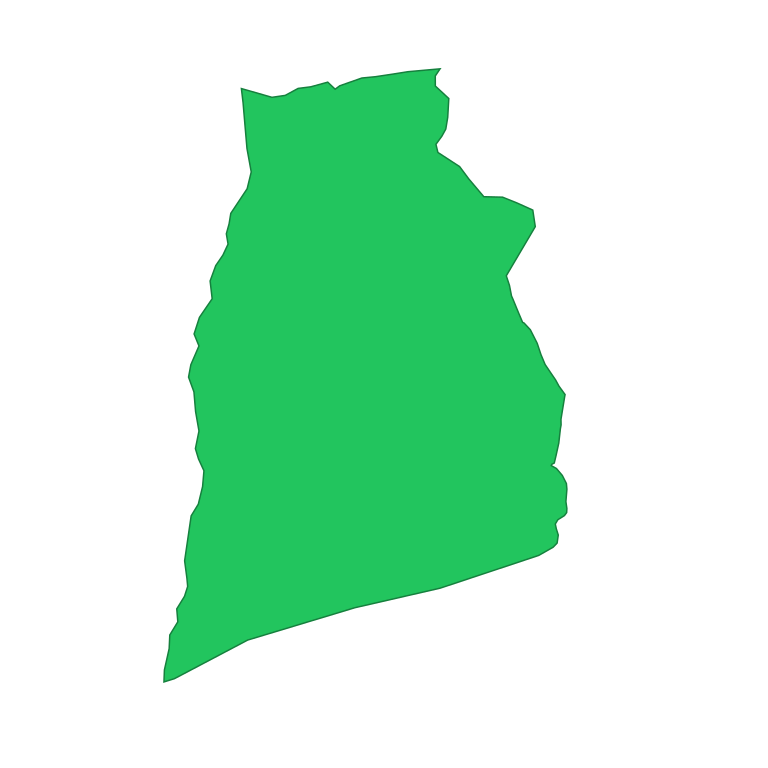 San Pedro Cajonos, Oaxaca, Mexico (orthographic projection), rotated 96°
{"feature_id": "50627088B28175104329163", "entity_name": "San Pedro Cajonos", "entity_type": "district", "adm_level": 2, "iso_a3": "MEX", "parent_name": "Mexico", "parent_adm1": "Oaxaca", "projection": "orthographic", "projection_center": [-96.263, 17.164], "detail": "fine", "context": "isolated", "style": "filled", "palette": "green", "viewbox_px": 768, "rotation_deg": 96, "n_neighbors": 0, "source": "geoboundaries", "source_scale": "gbopen_adm2", "svg_char_len": 1500}
<svg xmlns="http://www.w3.org/2000/svg" viewBox="0 0 768 768"><g transform="rotate(96 384 384)"><path d="M64.7,361.2L70.9,392.8L74.8,407.3L79.3,424.7L82.0,438.0L92.0,459.1L95.9,463.4L89.7,471.5L96.1,487.9L99.0,500.3L107.3,512.4L110.6,525.4L105.1,556.7L118.8,553.6L140.2,549.5L164.1,544.9L187.0,538.2L204.1,540.5L230.3,554.2L240.9,554.8L251.1,556.5L261.2,553.7L272.7,557.7L283.8,563.7L299.7,567.7L317.2,563.8L337.0,574.5L354.1,578.1L365.5,572.0L385.0,578.1L397.6,579.1L411.7,572.2L431.1,568.5L450.1,563.1L468.0,564.8L478.0,560.6L489.1,554.0L505.0,553.7L522.9,556.1L535.3,562.0L580.7,563.8L597.8,559.7L605.9,558.1L616.0,560.2L629.3,566.6L642.1,564.2L656.0,570.8L669.6,570.0L691.3,572.5L703.3,571.7L699.0,561.7L652.9,492.8L609.5,389.5L581.2,306.9L538.3,212.2L528.6,198.7L524.1,195.2L516.0,194.9L510.0,197.5L505.3,199.0L500.8,196.9L496.0,190.8L492.8,188.9L488.7,189.1L482.0,190.8L469.5,191.1L463.9,192.2L456.3,197.1L454.0,199.5L450.0,203.7L447.7,209.1L447.0,208.9L446.2,208.6L444.8,206.4L437.0,205.4L424.5,204.0L410.1,203.9L406.2,203.6L400.6,204.3L377.9,203.0L375.6,202.8L367.8,209.8L362.0,213.8L354.8,219.9L347.8,225.8L338.3,231.0L327.5,235.9L314.8,244.1L308.7,251.1L308.2,252.6L299.2,257.6L294.4,260.2L286.4,264.5L283.1,266.4L272.9,269.5L263.6,273.7L211.7,250.0L195.5,254.2L190.1,270.5L185.8,285.6L187.3,304.3L171.3,321.0L159.9,331.5L148.1,354.6L140.2,357.4L131.4,352.3L124.0,349.2L112.2,348.5L93.3,349.4L82.3,364.1L72.3,365.2L64.7,361.2Z" fill="#22c55e" stroke="#15803d" stroke-width="1.5"/></g></svg>